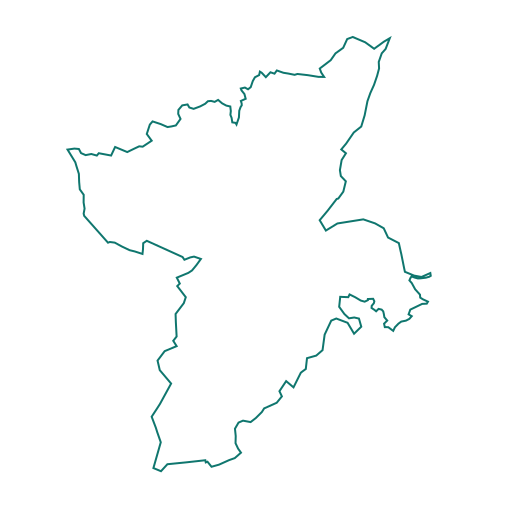 outline of Goudi, Paphos, Cyprus, rotated 261°
{"feature_id": "46923920B75616749522000", "entity_name": "Goudi", "entity_type": "district", "adm_level": 2, "iso_a3": "CYP", "parent_name": "Cyprus", "parent_adm1": "Paphos", "projection": "mercator", "projection_center": [32.446, 34.992], "detail": "fine", "context": "isolated", "style": "outline", "palette": "teal", "viewbox_px": 512, "rotation_deg": 261, "n_neighbors": 0, "source": "geoboundaries", "source_scale": "gbopen_adm2", "svg_char_len": 3333}
<svg xmlns="http://www.w3.org/2000/svg" viewBox="0 0 512 512"><g transform="rotate(261 256 256)"><path d="M292.3,111.9L292.7,113.8L291.3,118.6L286.3,125.1L281.5,132.1L279.5,136.9L275.8,144.2L280.2,145.4L286.3,146.6L288.1,150.5L266.5,183.3L263.5,184.7L264.9,190.9L265.1,194.7L261.7,201.1L256.3,195.7L251.7,190.5L249.9,186.5L247.0,174.4L240.7,176.4L238.6,173.5L226.3,180.2L220.7,177.3L211.3,167.5L203.3,166.5L188.9,165.0L185.2,161.0L179.4,163.5L176.3,150.9L168.1,142.4L158.3,143.1L143.3,152.2L124.9,138.0L120.3,133.9L113.6,127.8L102.1,130.2L97.4,130.9L86.9,132.8L62.6,121.5L58.3,128.5L64.2,135.9L63.1,154.8L62.2,174.0L60.0,174.1L60.4,175.9L54.8,179.1L55.7,186.8L57.0,191.6L58.6,197.5L59.7,203.4L64.1,210.4L68.5,208.2L74.3,206.5L81.3,207.8L88.7,208.2L94.2,212.7L95.4,217.4L92.8,224.7L96.0,230.5L101.0,237.4L104.2,240.2L107.8,253.5L113.3,259.6L118.8,258.0L127.7,266.2L120.4,272.5L133.7,282.0L134.6,283.6L136.6,287.5L147.1,290.4L148.2,299.9L152.6,307.0L167.6,311.5L180.4,320.2L181.7,325.5L175.7,336.0L163.9,340.7L169.7,348.9L178.1,347.9L179.9,343.4L179.9,338.1L184.9,334.2L192.8,330.2L202.5,332.8L200.9,340.7L203.4,342.4L199.7,347.6L195.6,352.5L193.9,356.2L194.9,359.6L196.0,359.8L195.4,365.0L192.8,365.8L190.9,365.0L188.7,362.5L186.6,362.0L184.3,364.5L182.6,366.0L184.6,368.8L183.4,371.7L181.4,373.0L178.6,373.2L175.5,373.2L171.7,375.5L169.1,371.9L165.6,372.1L165.0,375.5L160.6,379.8L163.9,382.1L166.9,386.1L168.5,389.2L168.7,394.0L169.9,397.6L172.2,400.4L174.5,397.6L178.9,400.0L180.8,406.3L182.7,412.6L182.2,417.2L184.0,418.7L187.1,414.1L189.2,411.7L192.2,411.9L198.2,408.0L204.9,405.6L207.9,403.7L210.0,405.0L211.5,406.4L209.8,409.5L208.5,412.4L208.2,415.1L208.0,420.4L208.4,423.8L209.1,425.5L211.9,425.5L209.4,416.2L211.9,409.1L217.1,400.6L220.7,400.4L235.4,399.8L238.0,399.6L246.4,399.1L253.6,389.3L263.4,386.5L269.6,378.7L275.4,367.7L275.4,360.6L275.4,341.5L270.2,329.0L281.4,324.5L289.4,333.7L299.7,344.6L299.9,346.3L305.9,352.3L315.7,356.4L321.7,352.3L327.7,352.3L337.4,355.6L343.4,360.9L347.9,356.9L352.9,362.6L362.7,371.9L367.4,380.2L377.9,385.3L391.5,390.3L399.2,394.5L406.5,399.3L415.0,403.8L422.0,406.9L428.5,407.6L436.5,411.9L440.2,416.4L450.2,422.2L447.7,415.9L442.2,405.1L450.0,397.3L457.2,385.8L456.0,380.0L448.0,374.7L443.7,366.2L437.7,360.4L431.2,348.3L427.0,349.1L422.2,351.3L423.2,345.6L426.5,335.5L429.3,325.4L428.9,322.5L431.2,316.3L432.7,311.7L436.0,305.6L433.2,302.8L435.2,299.0L431.1,293.7L436.1,290.3L437.5,288.7L434.2,287.4L432.7,282.9L429.3,280.2L423.6,277.2L421.9,274.2L424.1,271.4L423.8,267.2L421.8,267.6L417.8,269.9L412.9,270.4L411.5,265.3L409.0,265.7L407.1,265.5L405.4,264.0L402.1,262.2L395.5,260.8L388.9,257.3L390.7,256.6L391.7,253.5L396.3,253.5L399.4,252.8L403.1,253.8L407.7,254.0L409.2,250.2L412.1,246.4L416.1,243.0L414.7,239.3L416.2,235.9L416.4,232.7L414.3,229.6L412.5,224.3L411.1,217.4L413.1,213.4L416.4,212.1L416.3,206.7L412.4,202.2L408.5,201.4L403.2,202.9L397.5,197.3L397.2,192.8L397.2,188.8L401.2,182.5L405.1,174.9L402.4,171.7L393.6,167.2L386.2,171.0L381.7,161.2L382.6,157.8L381.0,152.3L378.8,145.1L385.7,133.9L377.9,128.6L382.1,116.8L380.1,114.5L382.5,109.3L382.3,103.5L385.0,99.3L389.4,97.8L390.5,93.4L390.6,86.5L376.8,92.2L372.9,92.7L364.8,93.9L356.7,92.9L349.4,92.4L343.4,95.4L335.8,94.1L329.6,94.1L324.8,92.4L322.5,92.6L292.3,111.9Z" fill="none" stroke="#0f766e" stroke-width="2"/></g></svg>